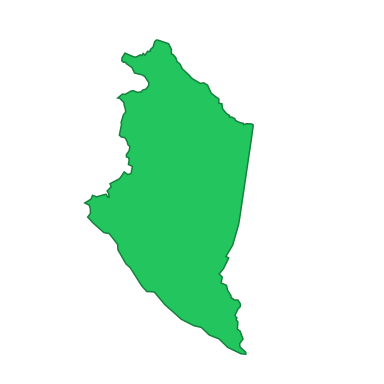 the district of Isabela, Puerto Rico, rotated 210°
{"feature_id": "32010507B24410852555408", "entity_name": "Isabela", "entity_type": "district", "adm_level": 2, "iso_a3": "PRI", "parent_name": "Puerto Rico", "parent_adm1": "", "projection": "natural_earth1", "projection_center": [-66.998, 18.445], "detail": "fine", "context": "isolated", "style": "filled", "palette": "green", "viewbox_px": 384, "rotation_deg": 210, "n_neighbors": 0, "source": "geoboundaries", "source_scale": "gbopen_adm2", "svg_char_len": 2364}
<svg xmlns="http://www.w3.org/2000/svg" viewBox="0 0 384 384"><g transform="rotate(210 192 192)"><path d="M319.5,278.8L319.7,273.3L318.5,270.6L316.2,270.0L314.5,271.1L313.0,270.3L306.3,269.8L301.2,266.3L293.7,268.5L290.6,268.4L284.1,265.1L282.8,262.5L283.3,258.1L285.8,255.5L286.0,253.4L289.1,251.0L293.4,250.4L295.0,249.3L298.8,243.1L301.2,242.0L303.3,236.3L301.4,237.0L295.7,235.4L294.4,233.5L291.7,231.1L289.4,228.0L290.0,224.6L288.1,216.6L286.9,215.4L283.3,204.9L280.8,204.3L277.3,205.5L273.9,203.7L271.2,201.0L268.5,200.3L267.1,196.4L267.5,191.4L266.3,189.6L263.9,190.0L262.3,188.0L260.8,184.0L256.4,184.4L254.0,177.5L256.3,175.0L260.8,175.5L261.0,170.6L261.5,167.1L267.2,158.2L264.6,156.1L266.0,150.4L263.5,149.0L261.2,146.2L262.3,145.5L265.3,147.1L266.8,145.7L272.2,140.1L276.5,139.4L275.9,135.3L279.4,128.9L274.5,129.2L271.9,127.0L269.3,122.7L269.8,118.1L262.4,115.8L258.2,114.9L248.0,112.8L247.0,113.1L243.0,114.6L235.0,111.4L230.2,109.4L227.2,104.9L213.2,96.7L207.5,95.5L189.1,85.8L187.8,85.3L185.2,84.4L184.7,84.3L181.4,83.2L176.7,85.6L176.0,85.9L174.7,86.5L171.5,85.4L159.8,81.1L159.3,80.9L156.4,80.3L145.0,78.0L141.7,77.3L137.6,76.4L135.3,76.6L133.7,76.6L128.5,76.9L125.0,77.1L123.2,77.2L120.1,78.2L117.5,79.0L116.2,79.4L107.2,77.2L105.5,76.8L103.3,77.1L97.7,77.9L97.5,78.0L95.1,78.3L92.0,77.5L83.4,75.3L68.7,76.4L64.3,78.4L65.3,80.1L72.8,81.7L74.9,84.4L74.3,90.2L80.8,95.6L84.1,95.9L87.4,102.6L89.9,103.4L90.2,105.5L92.0,105.9L93.2,106.9L93.6,114.1L92.9,116.8L94.0,119.2L98.2,121.4L101.3,119.7L105.6,120.2L106.2,121.5L112.0,124.7L115.5,128.4L121.3,127.8L123.0,132.8L123.4,133.5L127.5,134.6L126.4,141.3L127.0,150.5L127.2,153.2L130.4,153.2L130.2,166.3L133.6,180.1L135.4,187.2L138.0,194.1L145.8,213.8L164.1,260.1L171.5,278.5L172.6,280.7L174.5,280.7L179.1,278.3L180.8,276.2L181.8,277.1L185.0,276.1L190.3,275.6L191.5,276.9L195.0,276.8L196.9,275.6L197.9,277.1L201.2,277.1L207.1,279.3L210.3,283.4L213.1,282.3L215.4,286.1L218.7,286.3L224.8,287.2L231.9,292.3L236.4,292.4L239.2,290.2L246.4,290.3L248.0,290.3L251.2,291.0L252.1,291.5L261.9,293.8L266.9,297.0L270.1,297.4L273.2,300.2L277.0,301.5L278.9,301.4L281.3,305.4L286.4,308.7L296.6,306.7L298.8,305.9L299.5,303.6L298.2,298.1L299.3,294.6L298.4,293.1L300.8,291.6L301.2,286.9L303.6,287.6L303.6,285.2L305.4,284.9L307.9,280.9L309.9,279.9L319.5,278.8Z" fill="#22c55e" stroke="#15803d" stroke-width="1.5"/></g></svg>